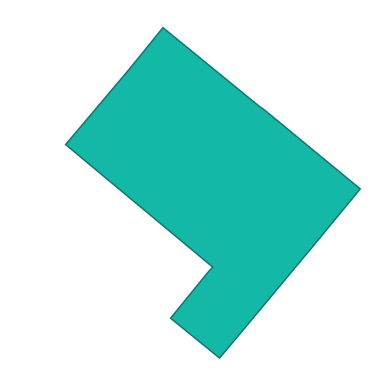 Wells, Indiana, United States of America, rotated 310°
{"feature_id": "52423323B5084797475274", "entity_name": "Wells", "entity_type": "district", "adm_level": 2, "iso_a3": "USA", "parent_name": "United States of America", "parent_adm1": "Indiana", "projection": "natural_earth1", "projection_center": [-85.249, 40.742], "detail": "fine", "context": "isolated", "style": "filled", "palette": "teal", "viewbox_px": 384, "rotation_deg": 310, "n_neighbors": 0, "source": "geoboundaries", "source_scale": "gbopen_adm2", "svg_char_len": 344}
<svg xmlns="http://www.w3.org/2000/svg" viewBox="0 0 384 384"><g transform="rotate(310 192 192)"><path d="M81.5,256.7L82.5,319.8L115.3,319.9L213.9,319.6L225.4,319.6L302.5,318.9L301.4,193.2L300.9,190.1L299.2,64.1L278.4,64.5L245.1,65.0L147.1,64.7L147.8,256.1L142.4,255.8L81.5,256.7Z" fill="#14b8a6" stroke="#0f766e" stroke-width="1.5"/></g></svg>